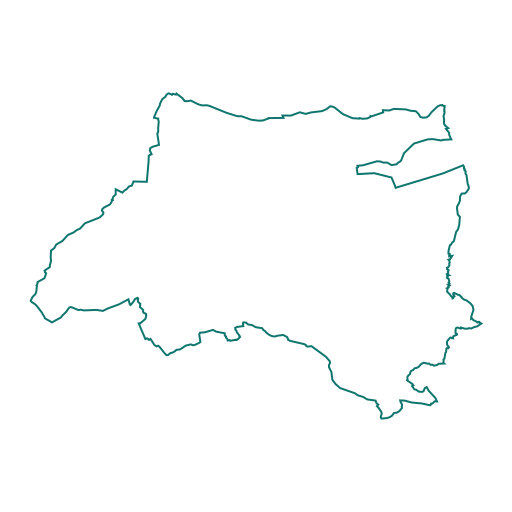 Floresti, Cluj, Romania (Equal Earth projection)
{"feature_id": "2599482B97724540451187", "entity_name": "Floresti", "entity_type": "district", "adm_level": 2, "iso_a3": "ROU", "parent_name": "Romania", "parent_adm1": "Cluj", "projection": "equal_earth", "projection_center": [23.482, 46.732], "detail": "fine", "context": "isolated", "style": "outline", "palette": "teal", "viewbox_px": 512, "rotation_deg": 0, "n_neighbors": 0, "source": "geoboundaries", "source_scale": "gbopen_adm2", "svg_char_len": 6074}
<svg xmlns="http://www.w3.org/2000/svg" viewBox="0 0 512 512"><path d="M447.1,344.8L446.9,342.5L447.4,340.8L450.1,337.7L450.8,337.5L452.0,338.2L453.1,338.3L453.0,337.1L453.4,336.2L457.0,334.7L456.8,333.7L455.8,333.4L455.5,332.8L455.6,329.1L456.3,327.9L457.5,327.5L460.7,328.6L461.1,328.5L461.1,327.6L464.9,328.7L467.7,328.7L469.1,328.1L471.3,328.5L473.7,327.3L477.3,326.3L481.3,323.5L480.1,322.9L479.3,321.9L478.9,321.9L478.9,322.4L477.5,322.5L477.5,322.1L473.3,320.1L471.9,318.3L471.1,318.8L471.3,316.5L473.3,310.5L473.4,309.2L472.7,306.9L472.8,306.3L470.6,303.5L466.5,300.4L464.0,299.5L461.7,297.8L461.5,296.8L460.8,296.6L459.6,295.1L458.3,294.9L454.2,292.9L453.3,293.2L453.2,294.2L454.5,296.2L453.7,296.8L453.2,298.1L452.5,298.4L452.2,296.6L451.2,296.4L449.9,294.4L447.1,291.7L447.5,288.8L446.9,288.3L448.6,287.5L448.2,286.4L449.7,285.4L448.1,284.5L449.5,283.6L448.6,282.4L449.3,281.6L448.8,279.1L447.0,277.8L447.8,276.9L447.2,276.3L447.5,275.8L447.2,275.2L448.8,275.1L447.1,273.9L448.2,273.0L447.9,271.5L448.6,270.5L448.6,270.1L447.2,269.3L446.9,267.8L448.1,267.4L449.4,265.5L449.2,263.3L449.7,262.6L449.3,260.7L448.5,259.7L450.1,259.2L452.2,255.9L449.2,256.4L449.2,255.4L449.9,255.4L450.0,254.7L449.7,254.0L448.5,253.8L448.5,251.1L449.9,245.2L451.1,244.5L451.8,243.0L453.9,241.1L456.1,232.0L458.0,229.3L459.2,225.1L459.9,216.8L457.8,214.6L457.0,208.2L457.2,206.3L459.0,203.2L459.9,200.7L460.1,196.4L461.7,193.6L465.0,193.4L466.6,192.0L468.9,188.4L468.6,186.1L467.7,184.0L466.5,175.2L465.4,173.4L465.7,171.3L464.5,170.3L464.8,169.2L463.9,168.6L464.1,166.9L463.1,165.3L442.7,173.5L395.6,187.8L394.9,185.5L391.5,177.5L374.3,173.2L357.6,174.1L356.7,167.9L358.0,167.2L357.5,165.8L363.0,165.3L376.9,161.3L380.4,161.5L383.2,162.6L387.2,162.6L391.6,165.1L396.5,164.3L397.9,162.9L400.4,161.3L401.2,160.3L404.0,153.2L413.9,143.6L427.5,139.4L432.7,139.1L441.3,140.5L442.6,139.9L451.3,139.4L449.3,135.2L449.0,132.6L446.0,128.9L448.2,128.1L445.1,125.6L444.0,123.6L444.1,119.4L443.5,116.2L444.5,113.1L444.5,111.9L444.1,111.1L444.5,110.6L444.2,109.3L444.6,107.7L444.3,106.9L444.7,106.1L441.8,105.4L441.9,105.1L440.2,105.2L437.6,106.4L431.4,112.3L428.9,115.7L426.8,117.2L425.6,117.6L422.7,117.6L420.4,117.0L418.7,114.2L416.3,111.6L415.2,111.1L410.8,110.8L405.7,109.4L393.9,108.9L389.2,110.5L382.9,110.2L383.2,112.4L371.4,116.4L370.5,116.0L370.2,117.0L367.3,118.4L362.5,118.8L359.6,118.1L359.4,118.6L352.5,118.2L342.9,114.1L334.7,107.6L332.8,106.7L330.3,106.3L326.4,109.2L322.0,111.1L311.2,112.4L305.7,113.9L299.8,112.3L290.9,115.6L282.5,115.5L283.5,117.9L268.5,118.1L268.5,118.5L262.8,120.5L258.7,120.7L251.2,119.7L241.4,116.2L238.7,116.3L235.9,115.8L226.5,112.8L210.2,106.2L207.3,105.3L202.1,105.4L198.2,104.3L190.9,100.6L187.1,101.2L184.7,101.1L182.4,98.1L176.5,93.6L176.1,94.6L172.7,93.8L172.0,94.8L169.3,93.5L168.4,93.4L166.5,94.7L165.4,96.8L162.5,99.0L161.4,100.8L159.9,104.0L159.8,105.5L156.9,110.6L154.1,117.1L154.0,117.8L158.1,118.6L157.9,119.1L158.5,120.4L158.7,122.2L158.2,127.6L158.2,132.0L157.3,133.5L159.0,144.9L152.8,146.7L150.3,148.1L149.8,150.4L151.6,154.2L148.8,155.6L148.5,162.5L146.8,181.8L133.5,181.5L131.9,185.5L129.1,186.4L126.6,189.2L124.6,190.4L122.4,192.6L115.7,189.3L115.7,194.5L113.4,196.6L112.6,198.6L112.8,200.0L111.8,200.0L111.9,201.0L111.1,202.8L109.8,204.5L103.9,207.6L102.3,209.2L101.9,210.6L103.4,212.5L103.2,214.0L102.6,214.8L99.6,217.5L84.9,223.3L80.1,228.6L76.7,230.1L73.5,232.5L67.8,235.0L62.5,240.9L56.3,244.5L54.2,248.2L51.0,250.5L50.7,257.1L51.0,261.1L49.9,265.1L49.8,267.1L44.6,270.6L45.0,272.2L46.1,273.2L44.5,278.2L37.5,282.1L37.4,284.0L36.5,285.4L36.9,286.1L36.3,291.8L35.3,294.2L32.5,297.0L30.7,300.7L31.8,302.1L35.2,304.3L37.4,306.7L41.6,312.2L44.5,317.1L44.9,318.3L52.0,322.4L61.1,317.3L62.2,315.7L66.3,311.7L69.1,307.7L70.4,307.1L72.3,307.5L78.5,310.1L80.3,309.7L84.0,310.4L96.5,309.9L102.9,310.9L107.5,308.6L119.1,304.3L128.4,299.3L129.9,304.5L130.6,305.0L133.2,302.0L134.9,299.2L137.4,297.8L138.2,298.4L137.8,300.1L138.2,302.1L140.3,303.8L139.9,307.0L143.2,310.0L143.0,311.7L143.8,312.9L146.1,313.8L146.2,316.0L145.4,318.9L140.4,323.2L138.7,323.4L145.4,339.1L147.1,338.3L149.1,339.9L150.5,338.9L154.5,345.1L156.6,346.4L158.0,345.7L159.4,346.7L164.9,353.6L166.6,355.2L168.1,355.0L170.6,352.9L171.9,352.9L174.6,351.5L176.5,349.8L179.9,349.5L185.8,345.6L190.8,344.4L193.3,345.3L195.4,344.7L199.3,342.8L200.4,341.9L199.2,334.5L200.0,332.7L204.9,332.3L213.0,329.9L216.0,331.6L224.8,333.3L224.8,335.7L226.0,336.4L226.0,337.6L227.4,339.1L227.7,340.5L230.4,340.0L229.9,340.4L230.2,340.8L236.4,339.6L236.3,340.0L236.7,340.0L238.6,338.6L239.4,337.6L239.4,336.8L239.9,336.8L239.6,335.8L236.7,332.1L236.4,330.6L235.4,329.7L235.2,327.8L237.3,326.9L243.3,326.1L242.9,323.4L243.3,322.4L246.0,322.6L248.2,324.5L252.1,325.1L255.7,327.2L262.2,328.2L263.3,329.9L265.4,331.4L266.6,332.9L269.6,335.1L272.4,336.2L274.7,336.5L278.0,335.6L283.3,335.0L287.0,337.0L287.9,338.6L288.2,339.9L290.3,340.9L304.1,344.1L305.9,345.0L306.1,345.8L307.3,346.6L311.5,346.2L326.0,356.8L329.8,361.3L330.0,362.9L329.0,365.2L329.0,367.2L331.4,372.0L332.4,379.8L335.5,384.0L340.2,388.1L354.8,393.2L357.8,395.3L363.0,396.9L367.2,399.4L375.6,400.6L376.5,403.2L378.3,404.7L376.9,406.1L378.9,408.3L381.5,412.2L381.7,413.5L380.7,417.3L381.5,418.6L386.7,418.1L389.5,417.3L392.0,415.7L393.9,413.1L396.9,412.6L399.5,411.0L402.0,407.9L401.7,406.5L402.1,405.4L401.8,403.9L400.6,402.1L400.2,400.4L404.7,400.6L411.6,402.5L422.0,403.5L430.1,405.3L431.0,404.5L431.1,403.6L432.5,403.5L434.5,401.4L437.0,401.5L435.4,398.0L428.5,390.5L426.7,387.1L424.8,388.1L423.6,391.1L422.2,391.9L418.7,391.6L416.3,389.8L414.3,389.3L412.1,386.1L413.4,385.4L412.4,384.0L407.0,380.3L407.6,379.3L407.3,377.4L407.6,376.4L410.1,373.8L410.4,371.9L411.2,370.9L412.9,370.1L414.8,368.2L416.2,368.1L418.7,366.8L421.2,364.0L423.8,362.7L427.7,363.7L429.0,363.5L430.6,364.8L432.6,364.7L434.1,365.7L437.2,364.9L438.7,363.8L444.0,363.5L443.2,362.9L443.6,361.6L443.5,359.5L444.4,358.7L445.4,352.9L446.1,351.9L446.4,348.6L447.4,348.0L448.2,348.2L449.0,347.3L447.1,344.8Z" fill="none" stroke="#0f766e" stroke-width="2"/></svg>